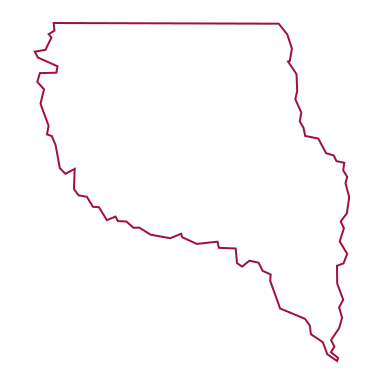 Nacogdoches, Texas, United States of America
{"feature_id": "52423323B39218063073671", "entity_name": "Nacogdoches", "entity_type": "district", "adm_level": 2, "iso_a3": "USA", "parent_name": "United States of America", "parent_adm1": "Texas", "projection": "mercator", "projection_center": [-94.585, 31.535], "detail": "fine", "context": "isolated", "style": "outline", "palette": "rose", "viewbox_px": 384, "rotation_deg": 0, "n_neighbors": 0, "source": "geoboundaries", "source_scale": "gbopen_adm2", "svg_char_len": 1172}
<svg xmlns="http://www.w3.org/2000/svg" viewBox="0 0 384 384"><path d="M53.7,23.0L54.4,30.7L48.7,34.1L51.4,37.6L45.4,49.9L34.8,51.6L37.8,57.5L57.5,66.3L56.4,72.7L39.9,73.1L37.3,81.9L44.0,89.3L40.5,103.7L48.6,125.7L47.0,134.4L51.8,136.1L55.6,145.1L59.8,168.1L65.4,173.8L74.7,168.9L74.0,189.0L78.5,195.3L86.9,196.8L92.9,206.8L98.9,207.2L106.9,220.1L115.5,216.6L117.8,221.1L126.4,221.5L133.5,227.8L139.3,227.6L150.6,234.7L170.2,238.2L181.1,233.8L182.3,237.3L196.8,243.9L217.5,241.7L218.9,247.8L235.7,248.5L237.0,263.1L242.1,266.6L249.4,260.7L258.6,262.7L262.6,270.8L270.7,274.5L270.2,280.8L280.1,308.5L304.9,318.8L309.8,325.5L310.9,334.2L322.8,342.2L327.3,354.3L337.1,361.0L338.1,358.0L331.0,352.2L334.4,346.7L331.1,340.1L339.2,328.0L342.1,317.7L339.1,307.3L343.2,299.7L337.2,283.5L337.0,265.8L343.5,263.4L347.2,253.9L339.7,241.4L343.9,228.3L340.7,221.4L346.9,213.3L349.2,197.0L345.5,183.2L347.2,176.9L343.2,170.3L344.3,162.8L336.4,161.1L333.8,155.5L326.1,153.2L318.3,138.6L305.2,135.9L303.5,127.8L299.8,121.4L301.3,112.5L295.3,99.2L297.2,90.9L296.5,74.1L288.0,61.5L289.8,61.0L291.9,48.5L287.3,34.5L278.7,23.7L53.7,23.0Z" fill="none" stroke="#9f1239" stroke-width="2"/></svg>